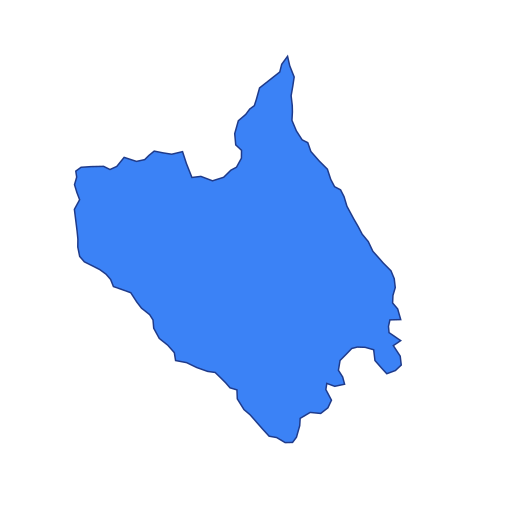 the district of Aparecida d'Oeste, São Paulo, Brazil, rotated 324°
{"feature_id": "56859067B28943680298360", "entity_name": "Aparecida d'Oeste", "entity_type": "district", "adm_level": 2, "iso_a3": "BRA", "parent_name": "Brazil", "parent_adm1": "São Paulo", "projection": "robinson", "projection_center": [-50.917, -20.479], "detail": "fine", "context": "isolated", "style": "filled", "palette": "blue", "viewbox_px": 512, "rotation_deg": 324, "n_neighbors": 0, "source": "geoboundaries", "source_scale": "gbopen_adm2", "svg_char_len": 1831}
<svg xmlns="http://www.w3.org/2000/svg" viewBox="0 0 512 512"><g transform="rotate(324 256 256)"><path d="M389.5,116.0L383.4,121.1L357.7,122.1L348.1,129.7L343.0,133.4L337.4,133.4L331.0,135.4L321.2,136.2L310.7,144.5L304.9,154.2L306.4,162.0L301.7,168.3L292.4,172.7L286.1,171.8L276.1,173.3L265.0,169.6L258.2,159.2L250.3,154.8L254.1,140.1L257.9,128.4L247.6,124.1L241.5,118.0L235.3,111.3L228.4,111.7L222.6,112.6L214.9,109.2L207.3,98.7L196.0,101.7L188.7,100.2L185.4,93.9L175.2,86.8L166.6,81.4L160.1,81.4L157.3,86.8L151.1,91.6L148.4,99.4L146.4,106.8L136.5,111.5L125.9,130.7L121.8,137.7L117.1,144.0L113.1,152.7L113.7,159.8L121.6,175.1L124.0,182.6L124.6,189.5L122.7,196.9L128.7,205.6L133.1,212.1L132.5,223.1L132.7,230.9L135.5,241.0L135.1,247.2L130.8,254.3L129.3,265.9L132.2,276.3L133.1,286.2L129.5,293.3L137.2,301.5L142.5,311.4L149.0,320.9L154.5,326.2L155.7,333.1L156.9,340.6L157.5,347.4L161.9,353.1L156.9,360.6L156.0,373.2L157.9,381.0L158.9,392.1L159.6,399.7L160.7,409.5L166.0,415.0L169.9,424.1L176.0,428.3L182.2,426.4L191.6,419.0L196.3,413.3L207.9,414.4L215.8,421.4L224.9,421.1L232.3,417.0L234.0,405.1L238.4,400.7L243.1,407.7L252.3,411.8L255.0,404.8L255.5,396.9L262.6,389.9L271.8,388.4L279.1,387.1L284.4,389.2L290.6,394.0L296.1,401.0L290.8,410.5L291.7,420.3L292.6,428.1L301.5,430.6L309.4,429.6L313.8,421.8L314.4,409.2L323.3,409.5L318.6,396.2L321.8,390.8L326.8,386.4L335.7,392.5L339.5,382.1L338.9,374.3L343.6,368.4L350.1,363.4L354.5,355.6L356.5,347.3L354.8,336.4L354.1,328.6L353.3,320.9L355.3,310.3L354.7,300.8L355.9,292.7L356.9,283.2L358.8,269.2L362.1,259.8L363.3,252.2L360.3,246.1L361.5,237.9L364.8,227.7L363.0,216.5L361.8,203.7L364.5,194.8L361.6,189.1L362.2,178.5L364.8,167.4L370.1,160.9L373.7,155.7L378.6,147.0L385.7,140.1L392.1,133.6L395.1,121.9L398.9,113.0L389.5,116.0Z" fill="#3b82f6" stroke="#1e3a8a" stroke-width="1.5"/></g></svg>